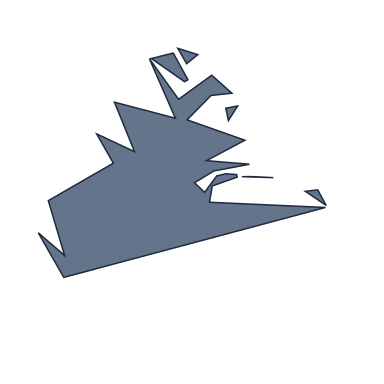 SVG path tracing the border of Kommune Kujalleq, rotated 203°
{"feature_id": "GRL-2740", "entity_name": "Kommune Kujalleq", "entity_type": "state/province", "adm_level": 1, "iso_a3": "GRL", "parent_name": "Greenland", "parent_adm1": "", "projection": "orthographic", "projection_center": [-44.745, 61.276], "detail": "coarse", "context": "isolated", "style": "filled", "palette": "slate", "viewbox_px": 384, "rotation_deg": 203, "n_neighbors": 0, "source": "natural_earth", "source_scale": "10m", "svg_char_len": 767}
<svg xmlns="http://www.w3.org/2000/svg" viewBox="0 0 384 384"><g transform="rotate(203 192 192)"><path d="M276.7,63.3L317.6,94.4L284.4,83.7L320.9,127.9L275.7,187.8L302.4,208.2L260.7,206.7L298.5,244.4L236.1,253.4L283.4,298.1L240.6,272.1L219.5,307.2L193.9,298.5L212.2,288.3L224.7,256.5L163.6,260.3L190.9,226.5L150.0,240.0L180.1,219.9L193.3,201.5L180.3,196.6L175.5,216.5L168.2,221.9L157.7,225.5L156.2,223.4L175.7,205.5L171.9,189.4L63.1,229.9L276.7,63.3ZM281.6,299.0L263.5,312.6L239.6,293.7L242.0,290.6L281.6,299.0ZM247.1,308.0L261.2,318.7L240.3,320.7L247.1,308.0ZM63.3,232.1L88.0,236.9L77.1,243.1L63.3,232.1ZM142.3,229.8L122.7,237.0L152.1,225.6L142.3,229.8ZM186.4,272.0L193.6,282.3L183.6,289.0L186.4,272.0Z" fill="#64748b" stroke="#1e293b" stroke-width="1.5"/></g></svg>